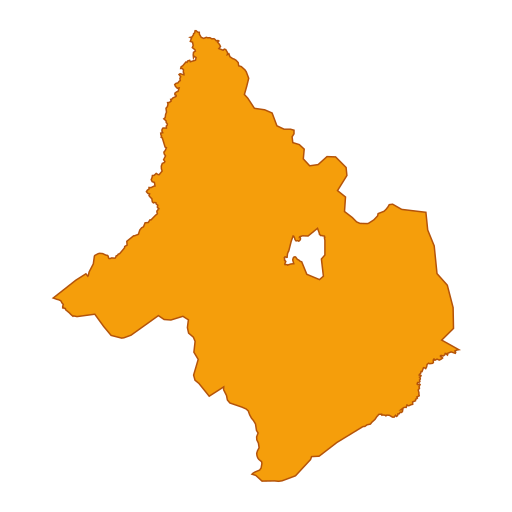 outline of Kati, Koulikoro, Mali
{"feature_id": "8926073B85176458631238", "entity_name": "Kati", "entity_type": "district", "adm_level": 2, "iso_a3": "MLI", "parent_name": "Mali", "parent_adm1": "Koulikoro", "projection": "orthographic", "projection_center": [-8.119, 12.599], "detail": "fine", "context": "isolated", "style": "filled", "palette": "amber", "viewbox_px": 512, "rotation_deg": 0, "n_neighbors": 0, "source": "geoboundaries", "source_scale": "gbopen_adm2", "svg_char_len": 6012}
<svg xmlns="http://www.w3.org/2000/svg" viewBox="0 0 512 512"><path d="M53.2,298.0L57.1,299.4L58.5,299.7L60.5,300.6L61.1,301.2L61.8,302.7L63.3,304.5L62.7,306.3L62.7,307.8L63.6,307.5L64.0,308.4L65.4,308.5L65.7,309.8L69.4,312.9L70.9,314.5L73.0,316.3L73.5,315.9L77.0,316.6L94.8,314.2L103.7,326.5L111.1,335.4L121.6,338.1L123.9,337.8L131.0,335.2L158.4,315.6L164.1,319.5L170.9,320.0L182.9,316.3L188.4,319.8L187.4,327.6L188.6,333.1L193.4,337.2L195.1,341.4L193.9,352.2L198.2,359.4L193.6,375.1L195.0,380.2L198.9,383.4L209.2,396.2L223.7,386.9L223.6,389.7L226.5,395.5L227.4,400.0L229.9,403.0L241.9,407.1L246.0,408.9L248.2,410.8L249.7,414.9L251.5,418.2L253.5,420.6L255.5,424.0L256.5,430.5L258.1,433.0L256.6,436.9L256.8,439.8L258.4,443.1L259.1,447.7L257.4,451.0L256.7,453.4L257.0,455.8L257.7,457.8L258.8,459.4L261.6,461.7L261.9,463.6L261.1,468.0L259.6,470.1L255.0,472.0L253.0,473.2L252.0,474.2L255.8,475.4L262.0,481.1L274.5,480.9L278.6,481.3L282.1,480.8L295.5,475.8L310.5,459.6L311.6,456.6L319.1,456.2L337.0,442.4L362.9,426.6L364.9,426.4L367.1,424.8L370.4,424.1L371.9,422.2L375.0,419.4L376.9,416.5L377.7,415.8L378.7,414.4L381.7,414.2L381.9,415.2L382.6,415.0L385.1,415.2L385.9,415.9L386.8,415.1L389.4,415.3L392.4,417.1L394.2,417.1L395.5,415.3L396.5,416.4L397.5,415.7L398.0,413.8L399.0,413.9L400.3,412.2L401.2,412.5L402.4,411.7L402.8,409.5L401.0,409.7L403.7,407.6L405.2,407.3L406.2,407.4L407.0,405.0L408.2,405.7L409.2,405.6L410.8,404.8L412.7,404.3L412.6,401.9L415.5,400.8L415.6,399.2L416.7,398.8L417.4,398.1L416.8,397.0L419.2,395.8L419.2,395.1L418.8,394.4L419.0,393.0L418.2,390.0L419.5,388.2L419.0,386.8L420.1,384.5L419.3,384.0L418.4,384.6L417.6,384.6L417.1,384.0L417.6,382.5L419.0,382.4L419.9,381.6L419.5,379.9L420.3,379.1L420.3,378.4L419.5,377.2L420.6,376.6L421.0,375.5L419.2,375.1L419.4,374.4L420.6,373.4L421.1,371.5L422.0,371.6L423.5,367.7L424.7,367.9L425.7,368.6L426.6,366.9L427.1,364.4L428.6,363.2L429.7,363.7L432.6,363.3L433.4,362.5L433.2,360.1L434.0,359.0L434.6,359.5L434.5,360.1L435.3,360.1L437.0,359.1L439.3,360.1L441.4,359.0L442.6,358.0L442.0,357.3L440.5,356.6L440.5,355.7L441.1,355.4L443.4,355.9L444.9,354.7L445.2,353.4L445.9,353.5L447.4,355.1L447.7,354.7L447.5,353.4L451.1,351.9L455.3,353.3L455.7,352.3L454.8,351.0L457.0,350.0L458.8,349.7L441.7,340.1L453.5,328.4L453.1,307.6L447.3,285.2L437.0,273.6L434.2,245.9L427.7,230.0L425.9,212.3L401.7,209.4L392.6,204.2L389.6,204.6L389.2,204.7L388.1,206.7L386.0,209.4L384.0,211.3L378.1,213.6L377.6,215.9L373.8,219.9L368.7,223.2L367.5,223.6L360.0,223.4L356.6,221.9L352.4,217.6L344.5,211.5L345.5,197.0L337.5,190.6L346.9,175.5L346.1,167.5L335.6,156.9L327.0,156.6L318.1,164.6L309.7,165.8L303.3,158.9L304.2,149.1L299.3,144.6L292.8,142.6L292.1,136.8L294.0,133.8L294.0,130.2L290.5,129.2L284.1,129.2L276.9,125.8L272.1,113.0L264.7,109.8L254.4,108.3L247.8,98.2L244.4,94.5L246.8,86.0L248.7,78.3L246.3,71.9L245.0,69.9L241.3,66.6L238.7,65.8L238.2,62.6L236.1,60.3L234.2,59.1L232.7,58.6L229.9,56.7L228.9,53.8L227.3,54.6L227.7,53.0L225.8,49.6L224.3,49.1L223.1,50.2L218.9,48.6L220.5,46.5L219.5,44.5L217.5,42.0L218.8,41.0L218.0,40.5L216.1,40.7L215.1,39.5L214.0,38.7L211.8,38.8L209.9,37.7L207.7,37.8L206.3,37.3L203.7,38.4L201.2,37.3L199.4,34.2L199.3,32.3L197.8,32.2L196.1,30.7L195.1,30.7L194.6,33.0L193.6,33.6L193.4,34.9L191.9,37.0L190.2,37.4L191.5,38.1L190.3,41.4L192.5,42.2L193.2,45.4L192.3,47.6L194.9,49.7L195.4,51.1L193.5,52.3L193.2,54.9L193.5,57.7L194.2,56.3L196.1,57.5L195.5,60.2L190.3,61.8L189.7,60.3L187.6,61.0L187.0,62.4L185.9,62.0L182.8,65.7L181.1,66.8L180.7,68.5L182.3,68.5L183.5,69.9L183.3,72.2L183.9,73.2L183.9,74.8L180.1,73.7L179.0,74.5L180.7,76.8L179.9,78.4L180.3,80.6L179.2,81.2L177.8,83.0L176.1,83.3L174.7,84.5L175.4,86.3L177.3,88.3L179.1,87.9L178.0,91.4L176.7,91.8L174.9,93.2L174.9,94.8L176.2,95.3L176.0,96.5L172.9,97.9L171.6,99.3L170.7,99.4L171.2,101.0L170.3,101.6L169.6,102.4L167.6,102.6L168.0,104.0L167.4,106.6L166.0,108.2L166.5,112.2L165.6,114.4L165.2,117.6L163.8,118.8L166.1,120.9L166.2,122.5L167.4,123.9L167.1,125.4L166.3,126.0L166.4,128.1L163.0,128.0L162.1,129.3L161.9,131.0L162.7,132.7L160.7,133.1L160.9,134.9L161.6,135.9L161.1,137.2L162.3,137.9L165.1,147.1L166.4,147.7L165.3,150.4L163.9,152.1L164.2,153.9L165.5,155.9L163.6,159.7L164.9,161.4L164.4,162.5L162.3,163.4L161.3,166.1L161.4,168.7L162.1,171.1L159.1,174.7L158.1,174.6L156.2,173.4L154.1,175.4L152.4,175.5L152.1,177.3L151.2,179.7L152.2,181.7L154.4,182.4L155.0,186.0L153.8,186.2L151.1,187.6L149.0,187.5L149.1,188.9L147.3,190.2L146.4,191.7L148.0,193.5L149.6,193.9L149.0,195.6L150.7,197.7L151.8,198.6L152.3,201.8L153.4,202.9L154.2,202.5L155.9,202.7L156.3,204.1L157.8,205.2L157.3,207.1L158.8,208.7L158.2,208.9L157.8,210.2L156.9,211.0L156.9,212.1L157.4,213.3L156.9,214.3L155.8,215.0L151.0,219.9L149.9,219.9L148.3,222.5L145.1,222.8L143.5,226.8L141.6,227.8L139.8,230.0L138.4,234.3L134.5,235.8L133.6,235.8L126.8,241.3L127.1,245.1L124.7,246.5L124.5,247.9L120.4,252.8L119.6,253.7L118.3,254.1L117.3,255.6L116.3,255.7L115.5,257.7L114.9,258.2L111.7,257.9L109.9,258.6L109.0,258.5L108.5,257.8L108.2,256.2L107.5,255.4L105.8,255.1L102.7,253.6L99.6,253.3L98.1,253.7L94.9,255.4L94.4,256.1L93.3,263.9L89.1,272.0L88.3,275.5L87.8,276.2L85.9,273.8L75.8,280.2L53.2,298.0ZM320.8,235.6L322.0,235.5L322.6,235.8L324.4,236.1L324.8,237.4L324.4,237.7L324.9,240.3L324.9,255.0L321.4,259.0L323.4,276.2L319.5,279.6L306.8,274.3L301.7,261.8L300.2,261.3L299.0,260.2L297.3,259.3L295.7,257.1L295.1,257.0L295.0,256.8L294.0,257.0L293.3,257.8L292.8,259.4L292.8,260.3L293.8,263.7L290.8,264.0L287.5,265.1L287.0,264.6L285.0,264.6L284.8,263.9L285.8,261.5L285.4,260.9L285.1,260.9L284.6,260.5L284.5,259.9L284.7,259.3L284.3,257.6L284.9,256.9L285.6,256.9L286.2,257.4L287.1,257.3L287.5,253.7L288.4,251.4L288.7,251.2L291.2,241.3L293.1,236.0L293.7,236.2L294.7,238.2L294.9,239.3L295.7,240.6L296.1,240.9L297.6,240.6L298.8,241.2L300.1,240.0L300.5,239.0L300.4,237.9L300.1,237.5L299.6,237.5L299.9,237.1L299.7,236.7L302.6,235.8L308.1,236.0L317.5,228.3L319.4,233.4L319.3,234.0L320.1,234.8L320.4,235.4L320.8,235.6Z" fill="#f59e0b" stroke="#b45309" stroke-width="1.5"/></svg>